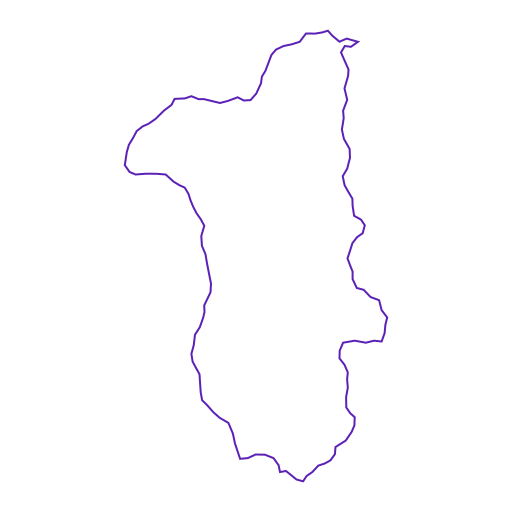 the district of Lavrinhas, São Paulo, Brazil
{"feature_id": "56859067B26910612895696", "entity_name": "Lavrinhas", "entity_type": "district", "adm_level": 2, "iso_a3": "BRA", "parent_name": "Brazil", "parent_adm1": "São Paulo", "projection": "natural_earth1", "projection_center": [-44.888, -22.522], "detail": "fine", "context": "isolated", "style": "outline", "palette": "violet", "viewbox_px": 512, "rotation_deg": 0, "n_neighbors": 0, "source": "geoboundaries", "source_scale": "gbopen_adm2", "svg_char_len": 1944}
<svg xmlns="http://www.w3.org/2000/svg" viewBox="0 0 512 512"><path d="M126.8,152.1L124.8,165.2L129.6,172.0L135.5,174.5L146.4,173.7L156.7,173.8L165.7,174.5L173.5,181.6L179.4,185.2L184.7,187.6L188.4,193.7L190.6,200.5L193.2,206.8L196.5,213.2L200.6,219.0L204.3,225.7L201.3,236.0L201.9,245.7L205.5,254.3L206.9,262.7L208.4,270.5L211.0,283.7L210.5,292.3L207.4,298.8L204.2,305.4L204.5,312.0L203.0,318.3L199.8,327.2L195.0,334.7L193.7,345.4L191.4,353.8L192.6,361.6L195.9,367.7L199.5,374.2L200.1,383.4L200.7,392.4L202.1,400.2L207.0,405.0L213.3,412.2L219.8,417.9L228.4,422.9L232.9,433.6L235.0,443.6L240.1,458.8L247.8,458.1L255.6,454.5L264.9,454.7L273.5,458.1L278.6,465.2L280.0,472.0L286.0,471.0L296.5,479.5L303.1,481.3L306.6,476.0L312.4,472.0L318.3,465.6L324.8,463.5L330.5,460.3L334.9,454.2L335.5,447.0L345.7,440.6L351.7,431.8L354.4,425.4L354.7,417.2L350.3,413.3L346.3,407.5L346.1,397.2L347.8,387.7L347.1,379.2L347.8,372.4L344.5,364.8L339.5,358.4L339.7,350.6L343.1,342.7L354.7,340.7L365.8,342.7L374.0,340.7L381.6,341.5L384.6,333.2L385.4,324.7L387.2,317.5L381.6,310.1L379.1,300.2L370.5,297.0L363.7,289.8L356.8,288.0L352.6,279.1L352.6,271.6L350.2,265.6L347.5,258.4L350.0,250.9L352.4,243.2L357.0,237.2L362.7,233.2L364.8,225.3L361.0,219.6L354.1,215.8L352.6,205.7L352.4,198.7L348.4,192.0L344.6,185.2L342.7,176.2L347.2,168.7L350.0,157.7L349.6,148.9L343.9,138.9L341.9,129.6L343.7,118.2L343.1,110.7L347.2,99.8L344.5,88.4L348.1,75.9L348.5,69.4L344.6,60.7L341.0,52.4L344.8,46.0L350.9,46.8L358.0,41.8L346.7,38.6L339.5,41.7L332.3,35.7L327.9,30.7L322.4,32.4L315.1,33.6L306.0,33.5L299.7,41.8L291.8,44.3L283.6,46.0L276.0,49.6L271.4,55.0L265.4,70.9L261.9,76.6L261.0,83.3L256.2,93.7L250.5,100.1L243.8,100.5L237.7,97.3L228.0,100.9L220.0,103.0L210.5,100.7L203.9,99.1L198.5,99.1L191.4,96.2L184.9,98.4L174.6,98.9L171.6,104.8L164.1,110.5L155.3,119.1L148.3,123.9L142.6,126.4L136.7,131.1L132.9,138.2L128.9,144.8L126.8,152.1Z" fill="none" stroke="#5b21b6" stroke-width="2"/></svg>